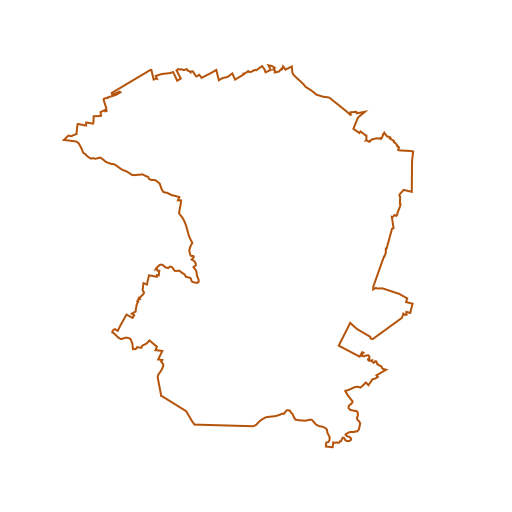 Yanga, Veracruz, Mexico (Mercator projection), rotated 351°
{"feature_id": "50627088B86656079275604", "entity_name": "Yanga", "entity_type": "district", "adm_level": 2, "iso_a3": "MEX", "parent_name": "Mexico", "parent_adm1": "Veracruz", "projection": "mercator", "projection_center": [-96.801, 18.823], "detail": "fine", "context": "isolated", "style": "outline", "palette": "amber", "viewbox_px": 512, "rotation_deg": 351, "n_neighbors": 0, "source": "geoboundaries", "source_scale": "gbopen_adm2", "svg_char_len": 6060}
<svg xmlns="http://www.w3.org/2000/svg" viewBox="0 0 512 512"><g transform="rotate(351 256 256)"><path d="M140.5,379.4L140.8,379.4L162.7,398.3L167.3,409.9L168.9,412.9L226.6,423.7L229.7,422.8L233.9,419.6L236.9,418.1L240.1,417.0L241.6,416.8L250.7,417.2L255.3,416.4L257.3,415.8L258.7,416.3L261.8,413.5L262.6,413.2L263.8,413.5L265.4,414.1L265.6,415.3L267.5,418.1L268.3,421.6L269.0,422.7L269.0,423.4L269.4,423.8L273.5,425.2L279.1,426.4L284.3,426.1L285.6,426.7L289.3,432.3L292.8,434.4L294.4,434.7L296.0,435.6L297.9,437.2L298.9,438.5L298.9,441.8L300.4,446.6L299.8,449.3L298.3,451.1L296.5,451.1L296.0,451.6L295.2,455.1L301.8,456.9L303.1,452.3L303.6,452.7L306.8,452.8L308.0,453.4L309.1,453.3L310.1,452.1L311.1,452.1L312.4,449.9L313.5,448.9L314.6,449.6L315.3,451.7L317.0,453.1L319.3,453.3L320.9,452.6L321.4,451.4L321.1,450.6L319.9,449.2L317.5,448.1L316.9,447.4L316.5,446.2L319.3,445.0L321.7,444.6L325.3,445.2L326.6,444.8L328.4,445.1L330.2,443.7L330.6,443.2L332.7,437.7L332.1,435.7L330.6,433.6L330.3,432.3L330.4,431.5L331.1,430.7L331.6,429.7L332.0,427.4L331.8,425.8L330.8,424.7L329.5,424.5L325.2,422.9L324.1,421.5L323.6,420.4L324.3,418.4L327.4,416.6L328.7,414.9L325.0,408.2L323.0,403.4L323.2,403.0L325.9,402.9L333.4,400.9L336.2,401.1L338.6,402.3L342.4,399.9L344.0,398.5L344.9,398.2L346.8,401.2L350.4,397.5L351.3,396.1L354.9,395.6L357.4,394.5L356.3,392.7L366.7,388.7L363.7,387.3L363.1,386.7L362.8,385.3L362.1,384.1L361.4,383.9L359.1,382.2L359.3,381.7L358.7,381.1L358.5,379.1L357.6,378.6L357.1,378.7L356.5,379.4L355.5,379.9L354.1,378.2L354.5,377.2L351.8,377.3L351.2,377.1L350.5,376.2L350.4,375.6L350.9,375.2L351.7,375.5L352.2,374.0L352.2,372.8L351.8,372.5L351.3,371.6L348.3,371.5L347.0,372.0L344.7,371.1L344.9,370.6L344.7,369.7L345.0,369.4L345.8,369.3L345.9,368.8L347.0,368.3L346.7,368.0L345.8,367.7L342.6,371.6L323.7,357.5L338.6,336.8L342.4,341.7L344.8,344.3L356.1,353.6L356.4,355.5L358.3,356.3L390.5,339.9L392.5,336.0L393.8,337.5L395.6,337.5L395.5,336.0L395.8,334.7L399.4,336.4L403.2,327.6L397.0,325.0L398.7,321.5L391.5,315.8L376.0,307.8L370.5,307.0L369.4,306.3L366.5,307.3L367.1,304.5L382.2,276.7L382.6,276.8L384.9,272.8L384.8,272.1L385.4,269.0L386.1,269.2L394.6,250.4L396.2,250.0L396.3,238.6L396.8,238.9L397.8,238.4L399.2,237.2L400.8,238.3L401.9,237.3L402.3,235.9L406.3,229.0L406.9,227.5L406.3,226.9L407.7,219.9L407.0,218.9L407.3,218.1L407.7,217.4L412.2,213.8L419.9,217.0L425.0,186.6L427.6,177.4L424.7,176.4L414.5,174.2L413.0,173.5L414.2,171.1L413.0,170.0L413.3,169.8L411.3,166.2L410.0,165.1L410.2,163.9L406.5,160.8L407.2,160.0L405.9,159.0L404.1,158.4L402.0,154.2L400.4,155.9L400.6,156.1L399.0,158.7L397.7,159.9L397.2,159.0L395.7,159.3L393.8,158.6L390.8,158.8L389.7,159.1L389.0,158.8L386.9,160.0L386.2,160.8L385.8,160.4L385.4,160.7L383.4,159.1L382.5,159.1L383.3,158.0L383.9,154.3L383.3,154.2L378.7,149.3L377.3,150.7L372.1,145.6L377.8,136.1L379.0,134.8L386.1,130.6L377.8,130.8L377.7,129.3L371.7,128.9L371.7,131.2L371.9,132.1L367.9,127.2L353.5,111.4L352.4,110.7L346.9,109.1L341.0,106.1L336.2,100.8L331.6,96.9L329.5,93.4L321.6,83.3L320.6,80.8L321.0,74.4L316.5,75.9L315.4,75.9L314.3,76.6L312.4,72.9L310.9,75.7L310.2,75.9L310.0,75.4L307.5,77.4L303.3,77.7L303.7,75.9L303.4,75.2L302.1,74.6L302.3,74.2L304.0,73.2L303.1,72.1L301.3,70.8L298.1,69.6L299.7,74.5L294.2,76.1L293.6,73.0L291.7,69.4L285.3,72.6L284.4,72.1L282.1,72.5L281.8,72.9L280.5,73.2L278.6,73.4L278.0,73.2L277.2,72.1L275.7,73.0L273.5,73.9L272.2,73.9L272.4,74.7L262.9,78.5L261.2,72.0L255.7,74.8L250.9,75.0L246.8,76.6L245.9,66.0L240.3,68.2L230.1,71.5L228.3,68.1L225.7,69.3L224.9,69.1L222.4,63.7L220.1,63.6L220.0,64.2L218.8,62.8L217.6,62.3L216.8,60.5L214.3,61.1L213.2,60.9L212.8,60.5L211.4,59.9L208.9,59.7L208.4,59.2L206.5,60.3L209.5,69.0L205.6,70.6L203.0,61.4L199.4,61.9L191.3,61.5L185.1,62.5L185.9,65.4L185.3,65.1L182.5,65.7L181.7,55.1L181.6,55.4L139.0,72.4L139.3,74.4L146.7,72.4L147.1,72.4L147.7,73.1L142.7,75.0L133.8,76.3L133.9,76.7L131.1,76.7L130.7,77.1L130.2,77.1L130.0,78.5L131.2,86.2L131.0,89.5L129.8,89.5L129.9,88.1L124.9,89.6L124.9,93.3L124.6,93.4L117.5,92.6L116.3,98.8L115.8,99.8L109.2,97.6L108.6,100.6L100.7,97.7L100.4,97.9L99.0,102.5L97.9,107.3L92.1,108.8L89.6,107.7L84.4,111.3L96.4,114.8L97.7,116.0L98.4,116.8L100.2,121.5L101.6,127.2L103.2,128.4L104.3,130.3L106.1,132.2L108.1,133.9L109.0,134.1L109.9,133.8L110.9,134.0L112.3,134.8L117.4,134.5L118.2,134.9L120.0,136.7L122.5,139.6L127.6,142.5L130.1,143.1L132.6,145.2L136.1,148.8L139.0,151.0L140.6,151.6L145.6,155.8L146.3,156.6L148.6,157.1L156.9,157.7L159.9,160.1L160.7,160.2L162.0,161.3L162.2,162.8L164.1,164.4L168.1,165.2L169.4,166.2L172.2,169.5L173.1,174.5L174.2,177.9L175.6,178.9L178.5,179.8L179.6,181.0L180.7,181.3L181.5,182.3L189.5,185.8L187.6,188.8L190.7,189.3L189.7,193.1L187.8,198.1L186.7,202.1L189.1,206.1L190.7,210.5L191.7,215.1L192.9,225.7L194.2,230.5L195.2,233.0L192.6,236.4L190.9,240.2L191.3,244.8L191.8,245.7L194.1,246.2L194.4,247.0L194.2,247.7L191.9,249.4L192.9,250.1L194.7,252.1L195.3,254.2L195.1,255.8L192.5,257.2L194.1,260.1L194.7,262.1L194.7,266.6L195.6,270.5L195.4,272.4L193.9,273.3L192.9,273.2L189.2,271.7L188.4,270.5L188.2,268.3L187.3,267.1L183.6,265.7L182.4,262.8L180.4,261.2L178.1,258.6L173.9,258.1L173.1,257.6L171.8,254.7L171.1,253.7L170.0,253.2L169.3,253.1L167.3,254.2L164.9,253.1L162.7,250.5L161.4,249.7L159.5,249.8L156.6,251.6L155.5,252.5L154.9,253.3L156.0,253.0L156.4,255.1L158.2,255.4L156.9,260.0L155.1,259.4L154.8,261.0L154.5,260.9L147.3,258.3L143.8,267.1L140.6,265.2L138.8,271.4L138.8,272.4L139.7,274.6L139.2,275.5L138.4,276.3L134.2,279.3L135.2,281.3L133.8,279.2L131.7,282.2L132.4,282.8L130.7,285.0L128.6,291.0L128.5,292.0L124.3,293.5L126.4,295.4L124.4,297.8L118.9,293.6L111.2,303.4L107.7,308.3L105.1,306.1L103.0,307.2L102.4,308.0L102.1,309.1L103.4,309.9L107.5,315.4L109.7,317.0L114.3,316.3L115.9,316.5L119.0,318.1L120.2,323.2L119.9,328.8L122.8,329.1L124.1,327.5L128.5,328.7L129.6,326.8L134.3,325.3L137.6,322.7L143.9,330.1L142.0,333.3L148.6,335.1L143.2,342.9L147.1,344.1L145.8,345.5L147.3,348.2L147.3,349.9L145.7,352.7L142.4,356.5L141.3,357.3L139.9,360.2L140.5,379.4Z" fill="none" stroke="#b45309" stroke-width="2"/></g></svg>